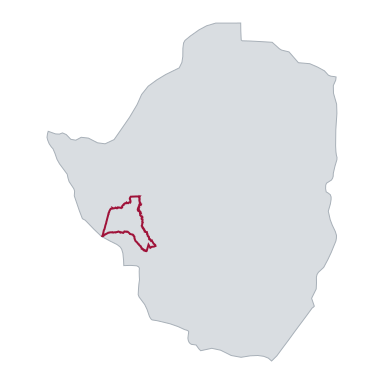 Tsholotsho, Matabeleland North, Zimbabwe shown in context
{"feature_id": "62879985B28907517418650", "entity_name": "Tsholotsho", "entity_type": "district", "adm_level": 2, "iso_a3": "ZWE", "parent_name": "Zimbabwe", "parent_adm1": "Matabeleland North", "projection": "equal_earth", "projection_center": [27.51, -19.64], "detail": "fine", "context": "in_parent", "style": "outline", "palette": "rose", "viewbox_px": 384, "rotation_deg": 0, "n_neighbors": 0, "source": "geoboundaries", "source_scale": "gbopen_adm2", "svg_char_len": 7454}
<svg xmlns="http://www.w3.org/2000/svg" viewBox="0 0 384 384"><path d="M271.6,361.0L268.3,358.1L263.7,356.3L257.9,355.5L250.4,355.8L241.1,357.3L231.2,355.5L220.6,350.2L211.8,348.3L201.2,350.6L200.7,350.7L198.9,348.9L196.1,345.0L191.3,344.3L190.0,343.4L188.9,342.0L188.2,340.1L187.9,338.1L188.7,331.7L188.3,331.0L187.0,330.3L184.4,329.5L178.1,326.6L170.1,323.8L157.2,320.7L152.1,319.9L151.0,319.0L149.5,316.6L147.0,309.3L144.7,304.5L139.1,297.0L138.2,294.7L138.5,288.7L138.9,284.0L139.5,279.9L139.3,276.1L139.2,271.3L139.4,268.2L138.6,266.8L136.6,265.8L130.8,265.4L123.8,265.6L123.6,260.7L122.9,253.3L121.6,249.0L120.0,246.8L116.8,244.4L110.3,241.2L101.4,236.4L93.9,229.2L85.2,220.2L82.4,218.7L79.2,210.3L74.3,195.9L74.6,191.1L73.8,188.7L69.1,181.6L68.0,178.0L67.2,174.2L59.5,163.8L57.0,159.3L55.0,153.5L53.0,148.8L51.3,146.9L49.2,143.8L47.7,140.1L47.0,137.4L47.5,133.8L48.2,131.3L55.5,133.9L59.4,134.1L62.5,132.9L66.3,134.6L70.8,139.3L75.8,140.2L81.2,137.3L88.4,138.1L97.5,142.8L105.1,143.8L114.1,139.6L122.1,128.1L129.6,117.2L137.1,104.6L141.6,94.5L148.2,86.2L156.8,79.9L165.7,74.5L179.2,67.9L181.9,62.4L182.8,56.5L182.9,48.2L183.6,42.9L185.0,40.4L187.3,38.5L190.2,36.1L199.1,29.8L206.6,25.8L215.7,23.1L225.7,23.1L235.3,23.1L240.7,23.0L240.8,31.0L241.2,40.0L242.2,40.8L249.4,41.0L261.0,41.6L272.2,42.3L279.3,48.7L281.6,50.1L289.0,51.9L298.4,62.7L309.8,63.7L317.6,67.1L324.4,70.8L328.4,75.2L330.9,76.2L334.4,76.6L336.1,77.0L335.7,80.2L333.3,85.6L333.5,93.3L336.6,104.1L336.9,113.4L335.8,129.9L335.6,145.9L335.9,151.5L336.4,155.3L337.0,157.4L336.9,159.7L334.9,166.4L333.3,173.4L333.2,176.2L332.6,178.2L331.5,180.0L326.5,183.2L325.7,185.2L325.6,188.8L326.2,191.9L328.1,193.0L330.3,194.7L331.1,197.0L331.1,199.4L330.4,203.9L328.3,211.2L330.2,219.7L332.3,225.2L335.3,231.5L336.5,235.4L336.4,238.2L335.9,241.0L331.2,252.5L327.8,259.7L323.7,267.4L318.4,272.3L317.0,274.6L316.4,277.2L316.5,283.0L316.2,289.0L311.6,298.3L314.3,306.2L313.6,307.0L312.1,308.1L305.5,317.1L298.8,326.1L293.9,332.7L288.4,340.3L282.1,348.7L276.8,355.9L271.6,361.0Z" fill="#d9dde1" stroke="#a8b0b8" stroke-width="1"/><path d="M155.5,246.0L155.4,245.5L155.3,245.1L154.4,244.2L153.7,243.8L152.4,241.6L152.1,241.2L151.8,240.8L151.8,240.7L151.5,240.8L151.4,240.5L150.8,240.3L150.7,240.5L150.3,240.0L150.2,239.8L150.4,239.5L150.3,239.4L150.1,239.4L149.9,239.5L149.6,239.1L149.3,239.1L149.4,238.6L149.0,238.1L149.0,237.6L148.9,237.3L148.8,236.6L148.5,236.4L148.1,236.4L147.7,235.9L147.7,235.2L147.6,234.9L147.1,234.2L147.4,233.9L147.3,233.7L147.1,233.5L147.0,232.8L146.9,232.6L146.9,232.2L146.6,232.2L146.4,232.1L146.2,232.2L145.7,231.9L145.5,232.0L145.3,232.0L145.2,231.8L145.3,231.6L145.1,231.5L145.1,231.4L145.2,231.2L144.9,230.8L144.7,230.9L144.7,230.6L144.6,230.4L144.2,230.3L144.1,230.2L144.1,229.8L144.2,229.6L144.2,229.3L144.1,229.2L143.8,229.2L143.6,229.0L143.4,228.4L143.1,228.5L143.0,228.3L142.8,228.2L142.6,227.8L142.7,227.3L142.3,227.1L142.3,226.7L142.2,226.4L141.9,226.1L141.7,225.9L141.7,225.7L142.1,225.0L142.2,224.4L142.2,224.0L142.3,223.8L142.3,223.2L142.4,222.9L142.5,222.7L142.8,222.5L142.8,222.4L142.3,222.0L142.2,221.7L142.5,220.7L142.4,220.2L142.5,219.6L142.4,219.6L142.2,219.6L142.0,219.2L141.7,219.1L141.6,218.8L141.6,218.1L141.8,217.9L142.2,217.3L142.4,217.1L142.2,216.9L142.0,216.5L141.6,216.6L141.2,216.1L140.9,216.0L140.6,215.5L140.3,215.4L140.2,215.3L140.2,215.1L140.2,214.9L140.3,214.5L140.3,214.3L140.0,213.8L140.0,213.4L140.1,213.2L140.3,213.3L140.4,213.2L140.0,212.9L140.0,212.6L140.1,212.3L140.1,212.0L140.2,211.9L140.5,212.1L140.4,211.8L139.6,211.3L139.4,211.5L139.2,211.4L139.5,210.8L139.4,210.6L139.2,210.7L139.1,211.0L138.9,211.1L138.7,211.0L138.6,210.7L138.1,210.7L138.0,210.4L138.1,210.2L137.8,210.0L137.7,209.8L137.8,209.6L138.1,209.7L138.3,209.6L138.3,209.4L138.1,209.2L137.9,208.8L138.0,208.5L138.4,208.9L138.5,208.9L138.6,208.6L138.3,208.5L138.2,208.5L138.3,208.2L138.5,208.2L138.5,207.8L138.3,207.9L138.3,207.7L138.5,207.5L138.8,207.7L138.8,207.3L138.8,206.8L138.8,206.7L139.0,206.7L138.9,206.4L139.0,206.0L139.4,205.7L139.5,205.5L139.5,205.3L139.3,204.8L139.3,204.6L139.5,204.3L139.8,204.6L140.2,204.5L140.5,204.6L140.8,204.8L140.9,204.6L141.0,204.4L140.7,204.3L140.6,203.8L140.3,203.4L140.3,203.0L139.9,202.8L139.9,202.7L140.0,202.4L139.9,202.1L139.6,201.9L139.5,201.1L139.5,200.7L139.4,200.3L139.5,200.1L139.3,199.9L139.6,199.4L139.6,198.3L139.3,198.1L139.3,197.7L138.8,197.0L138.8,196.9L139.1,196.8L139.2,197.1L139.3,197.1L139.4,196.7L139.5,196.8L139.5,196.7L139.7,196.4L135.2,196.5L130.7,196.7L130.0,197.9L129.9,198.1L130.0,198.3L129.9,198.5L129.9,198.9L129.8,199.0L129.9,199.3L130.1,199.5L130.2,199.8L130.4,200.4L130.4,200.7L130.3,200.8L130.3,201.1L130.5,201.3L130.5,201.7L130.3,201.8L130.2,201.9L130.3,202.4L130.2,202.6L129.7,202.4L128.9,202.5L128.6,202.7L128.2,203.2L127.9,203.2L127.3,203.0L126.7,202.6L126.6,203.0L126.4,203.2L126.1,203.1L125.4,203.1L125.3,203.3L124.9,203.6L124.6,203.6L124.4,203.7L124.2,203.8L123.8,204.3L123.7,204.4L123.8,204.5L123.7,204.9L123.3,205.0L122.4,205.8L122.4,206.0L122.1,206.5L122.1,206.9L122.0,207.2L122.1,207.5L121.8,207.7L121.2,207.7L121.0,208.0L120.4,207.7L120.1,207.7L119.5,207.7L119.1,207.5L118.6,207.6L118.4,207.5L118.1,207.8L117.8,207.8L117.5,207.6L117.4,207.8L117.3,207.7L117.2,207.7L117.0,207.9L116.7,208.0L116.1,208.0L115.9,207.9L115.9,208.0L115.6,207.9L114.5,208.2L114.0,208.3L113.7,208.4L113.4,208.4L113.0,208.2L113.1,208.4L112.8,208.5L112.5,208.6L112.1,208.5L111.9,208.6L111.5,208.7L111.4,208.6L111.2,208.7L110.9,208.8L110.7,208.8L110.5,209.2L110.0,210.0L109.5,210.9L109.4,211.1L109.2,211.6L109.2,211.9L109.0,212.5L108.7,212.8L108.6,213.1L108.6,213.3L108.5,213.5L108.6,213.8L108.6,214.1L108.3,214.4L108.3,214.6L107.7,216.8L106.8,220.2L106.8,220.4L106.3,222.1L106.2,223.0L105.4,225.3L105.1,226.7L104.4,229.4L103.9,230.1L102.9,234.6L102.2,236.1L102.4,236.2L103.5,235.9L104.1,234.8L104.3,234.8L104.4,234.6L105.3,234.5L105.5,234.2L106.0,234.1L106.2,233.8L106.6,233.6L107.5,233.3L107.9,233.0L108.2,232.7L109.1,232.7L109.5,232.5L109.8,232.4L110.2,232.4L110.6,232.3L111.4,232.4L111.7,232.3L112.1,232.2L112.5,232.2L112.7,232.5L113.2,232.6L113.5,232.5L114.3,232.3L114.8,232.3L115.2,232.2L115.8,232.5L116.2,232.2L116.9,232.0L117.4,232.0L118.0,231.6L118.5,231.5L119.3,232.0L119.5,232.0L119.9,231.9L120.1,232.0L120.2,232.4L120.5,232.4L120.6,232.6L121.0,232.5L121.2,232.3L121.6,232.3L122.0,232.4L122.4,232.7L123.2,232.9L123.3,232.9L123.5,232.4L124.1,232.0L124.3,231.9L124.4,231.5L124.8,231.4L126.0,231.8L126.3,231.7L126.5,231.6L126.9,231.9L127.1,231.9L127.4,231.7L127.7,231.7L128.2,232.2L128.5,232.4L128.6,232.5L129.1,232.9L129.4,233.3L129.7,233.5L130.0,234.0L130.5,234.0L131.1,234.3L132.1,234.5L132.6,234.5L132.9,234.7L133.0,235.0L133.4,235.2L133.5,235.8L133.8,236.1L134.1,236.2L134.4,236.6L134.4,236.9L134.4,237.6L134.4,238.1L134.7,238.7L134.8,239.4L135.2,240.2L135.3,240.7L135.5,240.8L136.1,241.6L136.5,241.9L136.9,242.3L137.3,242.5L137.5,242.8L137.6,243.3L138.0,243.8L138.8,244.2L139.0,244.8L139.2,245.0L139.4,245.3L139.7,245.4L140.1,245.9L140.4,246.0L140.4,246.3L140.6,246.6L140.8,246.5L141.1,247.0L141.3,247.4L141.4,247.7L141.5,247.9L141.6,248.4L141.9,248.2L142.4,248.9L142.6,249.1L142.8,249.0L143.3,249.3L143.6,250.3L143.8,250.4L144.0,250.4L144.2,250.5L144.5,250.2L144.9,250.6L145.1,250.6L145.4,250.5L145.5,250.7L145.6,251.0L146.1,250.9L146.2,251.0L146.3,251.0L146.5,251.1L146.7,250.9L148.5,244.7L150.3,247.8L151.8,246.8L153.9,246.6L155.5,246.0Z" fill="none" stroke="#9f1239" stroke-width="2"/></svg>